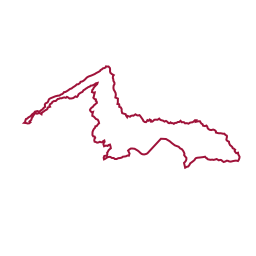 outline of Lavandeira, Tocantins, Brazil, rotated 162°
{"feature_id": "56859067B90038949596503", "entity_name": "Lavandeira", "entity_type": "district", "adm_level": 2, "iso_a3": "BRA", "parent_name": "Brazil", "parent_adm1": "Tocantins", "projection": "orthographic", "projection_center": [-46.372, -12.823], "detail": "fine", "context": "isolated", "style": "outline", "palette": "rose", "viewbox_px": 256, "rotation_deg": 162, "n_neighbors": 0, "source": "geoboundaries", "source_scale": "gbopen_adm2", "svg_char_len": 5177}
<svg xmlns="http://www.w3.org/2000/svg" viewBox="0 0 256 256"><g transform="rotate(162 128 128)"><path d="M38.1,92.8L39.4,93.2L40.6,93.9L41.8,94.5L43.0,94.8L44.3,95.5L45.8,96.5L45.4,97.7L46.3,99.3L47.5,100.2L49.4,100.3L50.8,101.0L51.8,102.1L52.3,103.4L52.2,104.9L52.7,106.1L54.2,106.0L55.9,107.0L55.9,108.5L56.8,109.5L57.2,110.6L57.5,112.2L59.3,112.7L61.5,112.9L60.5,114.2L61.9,114.7L63.5,113.9L64.9,113.5L66.2,113.8L67.5,113.9L69.1,113.4L70.5,114.4L72.3,114.8L73.0,116.2L74.0,116.6L75.2,116.9L75.8,118.6L77.4,117.9L78.9,118.3L80.3,117.9L81.7,118.3L83.1,117.8L83.9,118.8L85.1,119.2L85.8,120.2L86.8,119.7L88.0,120.2L88.7,121.8L89.7,123.0L91.3,122.8L92.3,124.1L93.7,125.0L94.7,125.7L95.4,127.3L97.3,126.7L99.1,127.4L100.4,127.7L101.4,127.2L102.8,126.6L104.1,126.9L103.8,128.4L104.8,129.4L106.0,128.4L107.1,129.5L108.0,128.6L109.1,128.0L110.3,128.6L111.2,129.9L111.3,131.2L112.5,135.2L113.1,136.7L114.7,136.8L115.6,137.4L116.7,138.7L119.0,138.0L120.0,138.5L121.5,138.6L122.6,138.1L124.8,139.7L125.5,138.7L126.0,140.4L126.0,141.9L127.8,143.1L128.9,143.9L128.8,146.1L128.2,148.0L128.5,149.8L129.8,150.9L129.3,151.9L129.1,153.3L130.6,154.1L129.7,155.6L129.1,157.5L128.5,159.1L130.6,160.9L129.3,163.3L129.0,165.2L129.3,167.2L129.7,168.8L129.5,170.6L128.6,172.7L127.3,173.9L126.9,175.3L127.3,177.3L126.9,179.1L127.0,180.3L126.2,182.0L125.2,182.7L126.8,184.4L127.7,186.0L127.6,187.4L126.9,189.4L126.7,190.6L127.5,192.5L128.8,192.9L129.9,193.4L130.6,192.5L132.0,192.3L133.3,192.5L134.9,191.8L136.2,191.6L137.1,190.8L139.1,190.4L141.1,190.1L143.0,189.6L145.9,189.3L147.3,189.2L148.8,189.2L150.0,189.1L151.6,188.7L152.9,188.0L154.2,187.3L155.7,186.7L157.4,186.4L158.8,186.6L160.0,185.5L161.9,185.0L163.2,185.3L164.8,184.5L165.8,184.2L168.1,183.6L169.5,183.0L170.9,183.1L173.7,182.2L174.9,181.9L176.4,181.6L177.8,181.9L178.8,181.1L180.1,180.6L181.9,180.5L183.0,180.0L184.7,180.4L186.0,180.5L187.3,180.6L192.7,180.2L194.4,179.7L195.7,178.0L196.6,177.2L198.8,176.9L199.8,176.1L200.4,173.7L202.3,173.0L203.6,172.1L205.1,171.8L206.7,171.1L208.0,171.3L208.9,172.1L211.4,172.3L212.8,171.3L214.8,170.7L216.4,169.7L217.5,169.2L219.4,168.9L220.8,168.1L222.2,168.1L223.1,167.1L223.9,165.6L225.2,165.0L223.2,164.1L222.0,163.3L220.4,163.0L219.0,163.6L219.6,164.7L217.5,165.6L216.5,167.1L215.2,168.1L214.2,169.1L212.6,170.2L211.2,170.7L210.2,169.7L208.5,169.7L207.2,169.4L206.0,167.8L205.2,169.2L202.9,169.8L201.3,170.4L199.7,170.6L198.6,171.2L198.1,172.3L196.8,172.3L195.5,172.3L195.7,173.7L194.5,174.9L193.1,175.0L191.9,176.1L190.1,176.5L188.4,176.0L186.9,176.8L185.8,177.3L184.7,177.1L183.5,177.3L182.0,176.8L180.5,176.9L179.1,176.8L177.8,175.9L176.5,176.5L175.5,175.5L174.5,174.1L172.7,173.6L171.0,173.4L169.5,173.8L168.2,174.3L167.0,173.3L165.6,174.1L164.8,175.2L163.8,175.7L162.0,176.2L160.2,176.4L158.6,177.7L157.3,177.9L156.1,178.4L154.7,178.7L153.1,179.2L151.5,179.2L150.5,179.8L149.1,179.5L147.7,179.6L146.4,179.8L144.8,180.4L143.0,180.3L143.8,179.2L145.0,178.7L146.2,178.0L147.2,177.5L148.1,176.9L149.1,175.8L150.2,175.2L151.2,173.3L150.0,172.3L148.6,172.1L149.3,170.9L150.1,169.8L150.7,168.6L151.6,167.5L150.9,166.0L149.7,165.1L150.3,163.8L149.6,162.9L149.8,161.5L150.8,161.2L151.9,160.6L153.5,160.1L154.6,159.1L156.0,158.7L157.5,158.0L158.6,156.9L158.4,155.5L157.6,154.1L156.3,154.1L157.5,152.3L158.2,150.6L157.0,149.4L156.3,147.9L155.7,146.5L154.2,145.3L153.9,143.5L154.0,141.5L155.6,140.7L157.2,139.5L158.5,139.7L159.2,138.5L160.8,137.6L162.1,136.3L163.0,135.1L163.5,133.7L164.0,132.3L163.6,130.7L162.4,130.2L162.2,128.8L163.2,128.1L163.9,126.7L164.0,125.3L162.9,124.6L161.9,123.6L160.5,123.4L159.0,123.6L157.9,122.7L156.7,122.3L155.9,123.1L154.4,123.4L154.5,122.1L155.6,121.4L156.4,120.1L156.4,118.0L154.4,118.1L152.9,117.2L151.9,117.8L150.3,117.8L150.3,116.0L150.6,114.0L152.0,113.5L153.4,112.8L154.4,111.7L155.5,110.9L155.7,109.5L156.7,108.2L158.1,108.6L159.2,108.7L160.3,107.3L160.5,105.6L159.0,105.8L157.5,106.3L156.1,106.5L154.8,106.4L153.7,105.9L152.6,104.5L150.9,103.9L150.1,102.6L148.4,102.0L146.6,102.3L144.8,101.9L143.0,101.8L141.9,102.3L140.4,102.0L138.7,101.7L137.1,102.0L135.7,101.4L134.4,103.3L134.7,105.2L134.9,106.5L133.3,107.2L131.6,107.6L129.9,107.0L128.1,106.2L126.8,104.7L125.8,103.6L124.9,102.3L124.0,100.6L123.1,99.2L121.9,98.3L120.4,97.8L118.7,97.7L117.4,97.9L100.0,107.6L95.3,105.8L92.4,102.5L90.9,100.0L88.8,97.0L85.6,94.5L84.7,92.5L83.3,91.2L82.6,89.2L82.3,87.4L82.3,85.9L83.0,85.0L82.5,83.4L81.7,81.6L82.2,80.1L82.9,79.1L84.1,78.2L85.5,77.5L85.9,72.6L84.1,72.9L82.6,72.8L80.9,74.0L79.7,75.2L78.1,75.7L75.8,76.5L74.5,77.1L73.5,78.0L72.4,78.4L70.8,78.2L69.1,77.8L67.6,77.5L66.1,77.2L64.8,77.0L63.6,76.9L63.1,75.6L62.3,74.9L62.0,73.8L61.1,73.2L59.5,72.3L57.7,71.9L56.4,71.2L54.9,71.1L53.3,71.1L52.5,70.2L51.6,69.2L50.2,69.2L49.1,68.6L48.5,67.4L47.5,66.1L45.7,66.1L44.2,66.4L43.1,65.9L42.3,65.1L41.1,64.4L40.0,64.2L38.4,64.1L36.9,63.9L35.7,63.7L34.7,63.3L33.6,62.6L32.5,63.5L31.4,64.9L30.8,66.1L31.0,67.5L31.3,68.9L31.0,70.5L32.8,70.6L33.4,71.9L33.7,73.3L32.8,74.2L33.8,75.7L34.7,76.4L34.7,77.6L35.3,78.8L36.2,80.1L36.5,82.1L36.2,83.8L37.5,85.0L38.1,86.4L37.3,87.9L36.6,89.0L36.4,90.2L37.5,91.3L38.1,92.8Z" fill="none" stroke="#9f1239" stroke-width="2"/></g></svg>